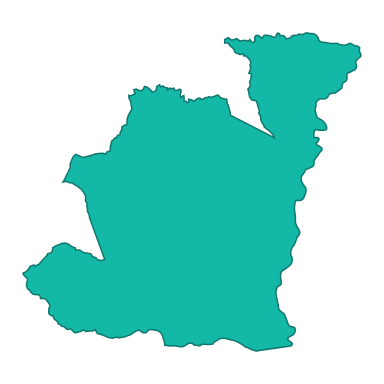 São João do Paraíso, Maranhão, Brazil
{"feature_id": "56859067B9306811321395", "entity_name": "São João do Paraíso", "entity_type": "district", "adm_level": 2, "iso_a3": "BRA", "parent_name": "Brazil", "parent_adm1": "Maranhão", "projection": "robinson", "projection_center": [-46.883, -6.44], "detail": "fine", "context": "isolated", "style": "filled", "palette": "teal", "viewbox_px": 384, "rotation_deg": 0, "n_neighbors": 0, "source": "geoboundaries", "source_scale": "gbopen_adm2", "svg_char_len": 5847}
<svg xmlns="http://www.w3.org/2000/svg" viewBox="0 0 384 384"><path d="M212.8,344.1L213.7,342.3L220.0,338.7L221.9,338.3L224.9,338.3L230.7,339.8L233.9,340.4L238.1,342.2L242.6,344.8L245.4,347.0L247.7,347.7L251.0,349.4L254.5,350.5L256.2,351.1L259.5,350.5L291.2,345.9L292.5,343.9L291.4,342.4L288.1,340.2L287.8,338.0L290.0,336.4L292.5,335.2L293.9,333.9L294.9,332.3L295.4,329.7L294.5,327.5L289.3,326.1L287.5,322.8L286.8,320.2L285.3,316.4L284.4,314.5L283.4,313.2L281.7,312.1L279.5,310.2L278.5,308.2L278.3,305.0L277.5,302.5L277.4,300.2L276.6,297.6L276.1,295.3L275.8,292.5L276.3,289.3L277.7,286.3L280.1,285.4L281.1,284.0L281.1,281.2L280.5,277.1L280.7,273.7L281.5,271.5L288.2,266.8L290.0,265.2L291.4,263.5L292.2,260.5L292.0,257.5L290.7,254.6L290.7,252.1L291.2,250.0L292.1,247.4L294.0,245.2L295.4,242.2L296.9,237.7L298.8,235.3L299.9,232.7L299.1,230.0L297.2,227.2L295.6,223.3L295.4,221.3L295.4,216.0L294.6,211.4L294.4,208.0L295.0,202.5L296.2,200.4L299.2,200.6L301.3,200.2L302.9,199.0L303.9,197.3L305.5,193.5L306.1,190.8L305.7,187.8L303.3,184.6L301.6,181.6L301.1,179.1L301.4,176.5L303.9,173.0L306.0,169.3L308.7,168.5L310.7,167.4L312.7,166.5L313.9,164.7L314.1,160.6L316.1,157.5L317.9,155.5L318.8,153.7L320.0,152.2L322.0,150.1L321.7,147.9L320.2,146.8L317.0,144.9L316.1,143.0L318.1,141.4L319.1,138.9L317.8,137.5L314.2,137.6L313.7,135.2L314.4,130.4L316.1,129.6L318.2,130.1L320.5,130.3L323.1,130.3L326.0,129.9L326.8,128.3L326.3,125.7L325.0,123.4L323.5,121.5L321.4,119.9L318.0,118.0L316.8,116.8L316.3,115.0L315.8,113.3L315.0,109.7L315.8,106.9L316.1,102.9L317.2,100.7L320.2,98.8L322.4,98.9L325.5,98.8L327.9,96.7L328.9,94.5L330.6,93.5L335.2,93.0L338.9,90.4L341.7,88.2L342.8,82.9L344.8,81.9L346.2,80.8L347.0,79.0L347.0,76.5L346.7,74.4L347.8,73.1L350.9,71.8L353.0,70.5L354.7,70.0L356.0,68.3L356.6,66.1L355.6,62.7L356.0,60.9L358.8,57.9L360.3,57.0L361.0,55.1L359.6,51.9L359.4,49.8L359.7,47.7L358.0,46.2L354.7,45.7L350.1,43.2L347.6,44.4L344.8,45.3L341.8,44.9L339.5,44.5L337.9,43.5L335.9,43.3L334.2,43.5L330.9,43.5L324.4,42.4L321.9,42.2L320.1,41.5L318.8,39.8L318.1,37.8L317.0,36.0L315.1,34.4L313.3,33.7L309.9,33.5L307.5,32.9L305.4,33.1L303.9,34.0L302.1,34.6L300.3,34.1L298.6,34.3L297.2,35.3L293.6,35.3L291.3,36.3L290.6,38.0L288.1,38.3L286.1,38.9L284.5,36.2L282.4,35.5L279.9,35.8L279.6,33.8L277.7,33.0L276.4,34.7L276.0,36.7L274.3,37.4L272.1,36.5L269.4,35.8L267.3,35.3L265.5,35.1L263.9,35.7L261.9,38.4L259.6,36.2L257.7,35.3L256.1,35.5L254.7,37.2L254.8,41.5L253.4,42.5L251.6,42.1L249.8,39.5L248.4,41.2L245.9,40.4L242.4,40.5L240.6,41.2L238.9,40.3L236.7,38.6L233.6,39.8L231.7,40.0L229.9,39.0L228.5,37.6L224.6,39.6L224.8,43.1L228.1,42.8L229.7,45.3L233.7,49.0L235.1,52.4L237.8,53.6L240.2,54.6L242.7,53.8L244.0,56.1L246.1,55.8L250.0,60.3L251.0,62.7L250.1,64.7L250.6,68.0L250.1,70.2L248.8,73.3L251.5,73.9L251.2,76.7L250.6,79.5L249.6,82.1L250.4,85.2L249.6,87.0L247.8,89.2L248.6,91.4L249.5,96.7L251.7,100.0L255.9,100.6L257.1,102.9L257.7,105.7L258.6,108.5L259.5,110.7L258.7,113.2L260.6,116.4L260.7,119.5L261.8,122.2L263.4,124.6L264.4,127.2L267.1,129.2L270.6,132.1L273.1,135.0L274.3,137.8L230.3,115.2L230.3,113.0L229.4,109.7L228.3,105.6L227.2,103.5L226.7,99.2L224.6,99.0L221.6,98.2L220.0,97.3L218.8,95.5L217.2,95.1L214.4,96.4L211.1,97.3L208.9,96.7L207.4,97.6L205.4,97.5L204.0,98.7L201.2,99.5L200.0,98.1L198.0,98.3L196.5,99.1L193.6,101.5L191.8,99.8L188.6,99.2L188.6,101.8L187.2,102.7L185.8,101.2L183.9,100.8L184.1,98.1L183.7,95.5L180.6,97.4L180.2,94.7L181.0,91.9L180.9,89.7L179.1,89.2L177.3,90.4L175.0,90.5L173.7,88.1L171.2,88.8L169.6,88.0L167.8,90.0L167.2,87.9L164.9,87.5L162.9,85.9L160.8,87.0L159.7,84.8L158.0,85.5L156.7,86.8L156.2,89.6L155.3,91.1L152.2,92.1L150.5,89.7L146.8,87.0L144.5,86.5L142.8,90.0L140.7,90.7L139.0,90.5L136.4,89.1L133.8,89.6L135.0,93.7L130.7,95.9L128.8,95.4L128.9,97.7L130.3,100.9L131.0,103.6L131.9,109.2L130.0,112.3L128.4,115.1L127.2,119.1L126.8,124.8L124.5,125.2L122.1,126.7L121.7,130.2L120.3,131.8L120.1,134.5L117.4,135.5L116.5,137.5L114.6,138.2L113.4,139.8L111.6,141.1L111.1,144.0L110.2,147.3L110.5,150.5L107.0,152.0L105.4,154.1L102.7,153.2L99.5,153.5L96.0,153.8L92.1,155.1L87.4,156.4L83.1,157.5L75.8,154.4L73.7,156.1L72.6,157.9L71.7,159.9L70.0,164.8L70.4,167.2L69.0,170.1L68.2,172.4L66.6,174.8L65.7,177.0L64.5,179.7L63.0,182.1L66.2,181.4L68.5,182.3L70.4,182.9L72.3,182.9L74.2,184.5L77.2,186.0L78.4,187.2L80.7,188.6L83.6,192.2L85.1,194.9L85.8,197.0L85.4,200.8L87.0,203.2L86.9,206.6L87.4,208.6L87.5,211.6L89.0,214.3L89.6,217.9L104.7,259.4L101.2,260.6L97.2,259.6L95.9,257.7L92.6,256.6L90.9,253.9L87.1,253.1L83.7,252.7L79.7,250.0L75.7,250.0L75.1,247.8L72.2,246.8L70.7,245.9L68.8,244.3L65.7,243.1L61.7,243.4L58.6,244.9L55.9,245.7L52.8,247.7L52.1,251.8L50.5,253.1L47.9,253.5L46.6,255.8L45.2,257.4L43.6,258.9L39.2,264.0L34.9,266.2L33.7,264.8L32.3,265.8L30.6,266.0L29.2,267.9L27.5,270.4L25.4,272.1L23.0,273.2L23.7,275.0L24.9,276.3L27.3,278.4L27.5,280.8L26.6,282.8L26.5,286.1L27.7,288.9L29.6,290.1L30.9,292.3L33.0,294.1L35.3,294.6L38.5,294.7L40.2,296.1L40.6,298.5L43.0,298.5L45.7,299.0L48.7,303.2L50.1,305.6L49.1,308.0L48.7,310.2L48.9,313.8L51.3,315.7L53.0,315.7L54.3,319.2L56.4,320.6L57.6,322.0L58.4,324.1L60.5,324.8L61.6,326.3L64.3,326.7L65.4,328.1L67.5,329.5L70.0,328.9L72.1,330.1L74.3,332.6L75.9,332.7L81.0,331.3L83.5,329.9L86.1,331.5L88.3,331.2L90.2,330.8L92.3,331.1L95.5,329.6L96.4,332.2L97.9,333.9L99.9,334.1L103.5,335.4L108.8,337.6L112.2,338.1L114.5,337.7L116.6,337.1L119.1,337.9L125.4,336.6L127.8,335.6L130.1,334.9L135.9,331.2L138.6,330.0L141.5,331.7L142.8,332.7L145.9,332.8L147.5,331.0L149.1,329.7L150.9,329.5L156.6,330.4L158.1,330.8L160.8,332.8L162.3,335.3L164.6,342.5L164.8,345.4L167.8,345.6L169.7,346.1L172.1,345.7L175.9,346.0L180.9,346.8L183.4,346.5L186.9,344.5L188.7,343.3L190.4,343.1L192.0,343.2L194.0,345.0L196.8,345.3L199.8,345.9L201.7,344.5L203.3,344.2L208.7,344.5L210.9,344.2L212.8,344.1Z" fill="#14b8a6" stroke="#0f766e" stroke-width="1.5"/></svg>